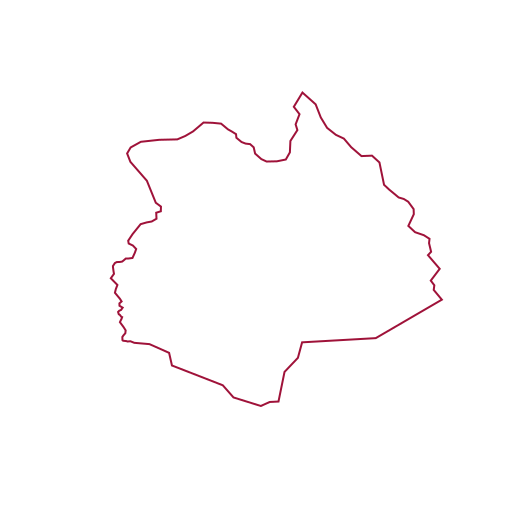 Villa del Carmen, Durazno, Uruguay, rotated 313°
{"feature_id": "84410073B65013252614734", "entity_name": "Villa del Carmen", "entity_type": "district", "adm_level": 2, "iso_a3": "URY", "parent_name": "Uruguay", "parent_adm1": "Durazno", "projection": "equal_earth", "projection_center": [-55.935, -33.157], "detail": "fine", "context": "isolated", "style": "outline", "palette": "rose", "viewbox_px": 512, "rotation_deg": 313, "n_neighbors": 0, "source": "geoboundaries", "source_scale": "gbopen_adm2", "svg_char_len": 1710}
<svg xmlns="http://www.w3.org/2000/svg" viewBox="0 0 512 512"><g transform="rotate(313 256 256)"><path d="M164.9,371.7L190.7,355.9L210.1,356.1L224.3,348.6L277.6,399.6L350.8,421.7L352.4,409.1L356.2,406.4L357.2,400.6L371.9,399.1L373.9,381.2L378.5,381.2L383.4,373.8L386.9,371.2L385.7,364.6L381.9,356.1L381.9,346.9L394.2,342.9L397.8,339.3L399.5,330.3L398.5,325.2L396.1,320.4L395.4,308.2L395.4,301.1L408.6,282.5L408.5,272.4L401.0,265.0L400.5,251.4L401.8,240.2L399.1,231.8L398.2,220.6L401.5,208.9L407.6,196.2L407.2,178.5L390.9,181.9L389.4,191.1L379.3,195.2L376.3,200.4L363.6,202.7L354.9,210.1L346.9,212.0L339.5,206.7L332.3,199.3L330.5,193.8L330.3,185.5L333.9,180.2L333.8,175.4L331.1,171.7L329.5,167.7L329.1,161.0L331.5,158.3L330.5,153.2L329.5,149.1L329.0,140.2L323.7,133.3L317.8,126.6L304.2,125.0L295.5,122.4L287.6,118.9L275.0,106.0L261.0,93.9L249.9,90.3L243.1,91.8L239.2,99.9L236.6,124.9L226.6,146.4L227.3,152.8L223.8,155.9L219.6,153.5L215.4,157.8L210.1,156.2L206.1,153.2L200.6,149.9L187.9,150.8L180.0,152.1L178.3,154.4L179.7,158.8L179.4,163.6L175.7,165.2L170.3,167.0L166.9,164.2L165.3,162.5L162.5,162.2L160.6,161.9L158.8,160.5L156.6,158.3L154.6,157.6L151.1,158.2L150.3,159.0L147.6,162.3L146.1,164.3L140.7,165.0L140.3,174.4L136.1,176.1L132.9,177.9L131.9,185.7L131.1,188.7L128.2,188.4L126.5,190.1L127.3,193.7L124.6,194.1L122.6,193.3L121.0,193.3L119.8,195.4L120.1,196.5L119.7,198.8L120.0,199.8L118.1,200.6L116.6,201.0L114.8,201.6L113.7,207.6L112.7,211.4L110.4,213.1L107.4,213.2L105.6,213.5L103.4,215.7L103.4,216.6L105.4,219.3L105.8,220.3L108.0,222.3L109.5,226.2L118.9,238.2L125.9,258.5L118.6,269.2L138.8,319.9L137.2,336.0L149.6,361.8L158.6,365.6L164.9,371.7Z" fill="none" stroke="#9f1239" stroke-width="2"/></g></svg>